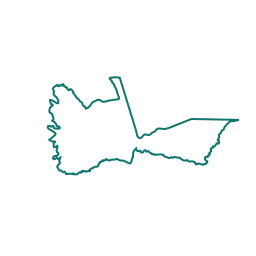 Santa Fe, Ocotepeque, Honduras (Albers equal-area conic projection), rotated 219°
{"feature_id": "27666195B70826657437169", "entity_name": "Santa Fe", "entity_type": "district", "adm_level": 2, "iso_a3": "HND", "parent_name": "Honduras", "parent_adm1": "Ocotepeque", "projection": "albers", "projection_center": [-89.282, 14.484], "detail": "fine", "context": "isolated", "style": "outline", "palette": "teal", "viewbox_px": 256, "rotation_deg": 219, "n_neighbors": 0, "source": "geoboundaries", "source_scale": "gbopen_adm2", "svg_char_len": 5817}
<svg xmlns="http://www.w3.org/2000/svg" viewBox="0 0 256 256"><g transform="rotate(219 128 128)"><path d="M173.5,155.8L173.6,155.3L173.4,154.9L173.1,154.8L172.5,154.6L170.5,154.5L169.4,153.6L167.0,153.3L165.5,152.5L162.2,151.0L160.0,149.7L156.2,147.1L154.1,146.0L153.6,145.5L153.4,144.8L153.4,144.5L153.8,144.1L160.3,137.1L162.6,133.8L163.8,132.6L167.1,132.1L168.9,131.2L169.8,130.3L170.0,129.9L170.1,128.7L171.3,126.8L171.7,125.8L171.8,124.4L171.3,121.5L171.7,120.2L171.8,118.7L173.1,116.5L175.0,117.6L175.3,117.5L176.0,117.0L176.9,117.2L178.1,117.7L179.5,118.6L180.0,118.8L181.8,118.5L184.9,119.3L185.8,119.4L186.9,119.2L187.7,119.3L188.6,119.6L189.1,120.1L192.4,120.5L192.7,120.8L192.7,121.3L192.9,121.6L194.4,122.0L196.2,122.2L197.1,122.0L197.5,121.5L197.3,120.9L197.4,120.5L197.9,120.1L198.4,119.9L199.5,120.2L201.3,121.1L201.5,121.0L201.7,120.6L201.9,120.4L202.3,120.4L203.0,120.6L203.4,120.7L204.3,120.1L204.8,120.0L205.2,120.3L205.2,121.1L205.7,121.3L206.2,120.9L206.6,120.3L207.0,119.2L207.1,118.2L207.3,118.1L207.9,118.2L208.3,117.8L208.4,117.5L208.2,117.0L208.4,116.6L208.9,116.5L209.4,117.0L209.7,117.1L210.0,117.0L210.4,116.4L211.1,113.7L211.3,112.5L211.3,112.0L211.0,111.4L210.6,110.9L209.2,110.3L208.5,109.7L207.9,108.9L207.4,107.9L206.9,107.3L205.4,106.9L202.9,106.8L201.3,106.4L199.6,105.4L198.8,104.7L198.1,103.9L198.0,103.5L198.0,103.1L198.9,102.5L204.6,101.7L205.8,101.1L206.2,100.7L206.0,100.1L205.4,99.7L203.1,98.3L202.3,98.2L201.3,98.7L200.9,98.5L200.8,98.1L201.4,94.5L200.4,92.6L199.4,91.2L198.9,90.9L197.9,90.8L197.4,90.9L196.7,91.2L196.4,91.2L195.6,90.9L194.2,90.1L192.4,88.8L191.3,87.7L191.2,87.1L191.6,86.4L191.6,86.1L191.4,85.9L190.9,85.9L189.8,86.2L188.2,86.3L186.1,85.6L184.8,84.9L184.3,84.7L183.9,84.8L183.4,85.4L182.9,85.6L181.8,85.6L181.1,85.2L181.0,84.7L181.2,84.2L182.2,83.2L183.4,82.3L184.6,81.7L185.6,81.4L186.1,81.7L186.8,82.4L187.1,82.5L187.5,82.5L187.9,82.1L188.0,81.3L188.3,80.9L188.8,80.6L189.7,80.5L190.2,80.3L190.9,79.6L191.3,78.8L191.2,78.4L190.7,77.9L190.3,77.6L189.4,77.5L188.2,77.5L185.6,78.0L183.0,78.3L181.3,78.2L180.6,77.9L180.3,77.2L180.4,75.9L181.7,69.3L178.9,69.6L177.4,70.5L176.6,71.4L176.1,71.5L175.8,71.3L175.8,71.1L176.2,70.0L176.0,69.1L174.7,67.5L173.9,66.8L173.4,66.5L173.0,66.7L172.6,67.5L172.2,68.4L172.0,69.4L171.8,69.7L171.5,69.6L170.5,68.1L169.7,66.1L169.3,65.5L168.0,64.6L167.5,64.6L166.9,64.9L166.4,64.8L166.1,64.5L165.7,63.9L165.5,62.9L165.6,62.1L166.9,60.6L167.5,59.6L167.7,58.9L167.6,57.8L167.3,57.4L166.9,57.1L166.1,57.0L165.6,57.3L164.6,60.1L163.5,59.9L162.6,59.9L162.4,60.0L162.3,60.3L162.4,61.2L162.0,62.3L160.9,59.4L159.8,58.5L158.9,58.0L159.0,54.4L158.8,53.7L158.4,53.2L155.0,51.9L154.2,52.0L153.2,53.0L152.3,52.6L150.8,52.8L150.0,53.4L149.9,53.9L149.8,54.1L147.7,53.7L147.3,53.3L147.0,53.3L146.3,53.9L145.2,55.3L142.9,56.9L142.5,57.9L142.2,58.0L141.7,57.6L141.4,57.6L141.1,57.9L140.9,58.5L139.8,58.8L138.4,60.1L138.3,60.4L138.3,61.1L138.1,62.0L137.6,63.4L137.2,63.8L136.6,63.6L136.2,64.0L136.2,64.6L136.6,65.2L136.4,65.8L136.1,66.1L135.3,66.1L135.1,66.4L135.0,67.0L134.5,67.3L133.8,67.6L133.0,67.7L131.7,70.0L130.8,70.2L130.6,70.4L130.6,70.9L131.1,71.2L131.4,71.6L131.3,72.8L131.0,73.6L130.1,74.3L130.0,75.6L129.4,76.8L129.0,77.4L127.9,78.2L127.3,79.0L127.3,79.3L127.7,79.8L127.6,81.0L128.1,82.0L127.9,82.9L128.1,83.1L128.4,83.3L128.5,83.5L128.4,83.8L127.8,84.3L127.6,85.0L127.4,85.6L127.6,86.1L127.6,86.4L127.4,86.5L127.0,86.3L126.6,86.4L126.5,86.7L126.8,87.2L126.8,87.5L125.8,88.0L125.2,88.9L125.1,89.3L125.6,89.8L125.5,90.1L123.0,90.5L122.2,90.9L121.7,91.4L121.2,92.6L119.9,93.9L118.6,95.0L116.8,97.2L113.6,97.7L112.6,98.7L111.3,99.6L110.2,100.0L104.8,101.3L104.2,101.6L104.1,102.7L104.2,104.2L105.6,106.7L106.0,108.8L106.5,109.6L107.9,111.2L108.7,112.9L109.0,114.7L108.8,117.1L107.8,116.3L106.7,116.1L105.9,116.2L105.3,116.5L104.7,117.6L104.2,118.0L103.6,118.0L102.7,117.3L102.1,117.4L101.5,117.9L101.1,118.4L101.0,118.8L101.2,119.8L101.2,120.5L100.9,121.1L100.5,121.6L99.8,121.7L99.2,121.3L98.8,121.2L98.3,121.6L98.0,122.5L97.5,122.9L96.8,122.9L95.7,122.5L94.2,122.9L93.0,122.7L92.6,122.9L92.3,123.6L92.0,123.9L91.6,123.9L91.0,123.7L90.7,123.7L90.4,124.0L90.0,124.6L89.1,125.0L88.5,125.9L87.2,126.9L86.1,128.0L83.8,129.4L83.5,129.4L83.2,129.0L82.9,128.8L82.0,128.8L77.2,130.5L76.3,131.4L76.2,132.3L76.0,132.6L75.7,132.8L74.9,132.9L74.5,133.1L74.2,133.5L73.9,134.4L73.6,134.7L70.2,136.6L69.2,137.4L68.7,137.5L67.9,137.3L64.6,137.7L62.3,139.2L62.1,139.8L61.7,140.3L60.9,140.5L60.0,140.2L59.4,140.4L58.5,141.1L57.5,142.3L55.4,143.3L54.1,143.5L53.9,143.4L53.6,142.9L52.8,143.0L52.4,142.6L52.1,142.6L51.8,143.5L50.9,144.2L50.7,145.0L46.8,146.4L46.6,146.7L46.7,147.3L46.5,147.7L46.2,147.9L45.6,147.9L45.4,148.0L44.7,150.0L45.3,150.8L45.3,151.1L45.0,151.5L45.1,151.8L45.6,152.0L46.4,151.8L47.1,151.7L48.5,152.2L49.2,152.8L49.6,153.8L49.6,154.3L48.8,154.6L47.7,156.4L47.9,156.6L48.2,156.4L48.5,156.4L48.6,156.8L48.5,157.1L47.9,157.8L47.8,158.9L48.1,159.5L48.4,159.5L48.9,159.4L49.1,159.7L48.8,161.6L48.9,162.4L49.6,163.2L50.5,163.6L50.7,164.2L50.3,165.3L49.6,166.3L49.7,166.7L50.3,166.9L50.4,167.3L50.1,167.5L49.5,167.5L49.1,168.3L49.3,171.2L49.2,172.5L48.9,172.8L48.4,172.5L48.1,172.5L47.9,172.8L47.8,173.2L48.3,174.3L49.2,175.3L49.8,175.5L50.4,175.0L50.8,175.1L51.3,178.1L53.1,180.2L53.1,180.6L52.8,181.3L52.8,181.8L53.4,185.3L53.3,185.6L52.9,186.1L52.8,186.6L52.9,187.6L53.4,189.1L53.5,191.0L53.3,194.5L52.8,197.1L52.0,198.5L50.3,199.7L46.9,204.1L84.4,174.9L96.0,154.2L98.6,150.5L103.2,147.4L104.7,145.9L104.9,144.8L104.9,143.6L105.0,142.3L106.4,139.0L106.5,137.8L106.8,136.7L107.3,135.9L107.9,135.2L110.5,133.9L111.0,133.5L111.2,132.9L111.4,132.0L111.5,129.5L111.6,128.6L112.2,127.9L113.2,127.4L113.8,127.2L114.5,127.2L116.1,127.9L120.9,131.6L166.1,161.9L169.9,159.4L173.5,155.8Z" fill="none" stroke="#0f766e" stroke-width="2"/></g></svg>